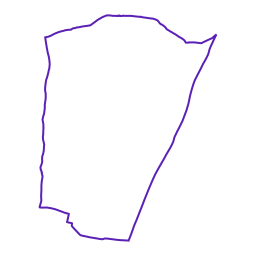 the district of Lat Phrao, Bangkok Metropolis, Thailand
{"feature_id": "78962969B95574148528109", "entity_name": "Lat Phrao", "entity_type": "district", "adm_level": 2, "iso_a3": "THA", "parent_name": "Thailand", "parent_adm1": "Bangkok Metropolis", "projection": "robinson", "projection_center": [100.606, 13.822], "detail": "fine", "context": "isolated", "style": "outline", "palette": "violet", "viewbox_px": 256, "rotation_deg": 0, "n_neighbors": 0, "source": "geoboundaries", "source_scale": "gbopen_adm2", "svg_char_len": 5173}
<svg xmlns="http://www.w3.org/2000/svg" viewBox="0 0 256 256"><path d="M170.6,147.2L171.7,145.0L172.7,142.9L173.2,141.9L174.5,137.1L175.7,134.6L177.3,131.2L177.7,130.6L180.3,125.4L182.5,120.9L185.4,113.2L186.2,111.1L187.0,108.6L187.6,106.4L188.1,104.8L188.5,103.3L189.4,99.1L189.8,96.9L190.6,93.6L191.2,91.5L191.8,89.2L192.3,87.6L193.1,85.0L194.0,82.4L195.2,79.4L195.8,78.3L196.9,76.1L199.4,71.3L200.8,68.6L202.6,64.9L203.6,63.0L204.2,62.0L206.1,58.6L206.6,57.6L207.5,55.7L207.8,55.2L208.0,54.7L208.5,53.2L209.0,51.6L209.5,49.4L210.2,47.7L210.8,46.2L212.1,43.5L213.4,40.6L214.7,37.9L216.4,34.4L212.6,37.7L211.6,38.4L209.3,39.4L207.1,40.4L203.1,42.3L202.0,42.9L201.2,43.2L199.7,43.0L197.9,42.8L197.6,42.8L195.5,42.5L194.0,42.4L192.5,42.4L190.9,42.4L189.5,42.4L189.2,42.4L189.2,42.5L188.9,42.6L187.7,42.7L187.2,42.7L185.8,42.6L185.7,42.5L185.5,42.2L185.0,41.3L184.8,40.9L184.5,40.6L183.9,39.9L183.1,39.3L182.0,38.5L180.5,37.6L179.5,37.2L178.6,36.5L178.1,36.3L177.4,35.7L176.9,35.4L176.2,34.9L175.8,34.6L173.3,33.2L172.4,32.6L171.4,32.0L171.0,31.8L170.3,31.4L169.7,31.0L168.4,30.2L167.1,29.5L167.0,29.4L166.9,29.3L166.7,29.1L165.9,28.2L165.8,27.9L165.7,27.7L164.3,26.3L164.2,26.2L163.0,25.4L162.2,24.8L162.1,24.7L161.9,24.6L161.6,24.5L161.5,24.4L161.0,24.3L160.9,24.2L160.4,23.9L160.0,23.5L158.9,22.1L158.7,21.8L158.0,21.0L157.9,20.8L157.6,20.5L157.3,20.3L157.1,20.2L156.1,19.7L154.3,19.1L153.4,18.8L153.1,18.7L152.6,18.6L150.6,18.4L150.3,18.4L149.7,18.3L148.0,18.0L146.5,17.8L144.2,17.5L141.7,17.1L141.0,16.8L140.8,16.8L140.7,16.7L140.2,16.9L138.6,16.7L136.2,16.5L134.7,16.3L133.8,16.2L132.6,16.0L131.3,16.0L130.8,15.8L130.7,15.8L130.1,15.8L129.8,15.9L129.7,15.9L128.6,15.9L127.1,15.9L124.1,15.9L123.5,15.7L123.3,15.7L123.0,15.7L122.8,15.7L122.1,16.0L121.9,16.0L121.1,16.0L120.8,15.9L120.6,15.9L120.4,15.9L120.2,16.0L119.9,16.0L119.7,15.7L119.4,15.5L119.2,15.6L118.9,15.9L118.7,15.9L118.4,15.7L118.2,15.7L117.9,15.7L117.8,15.8L117.6,16.0L117.3,16.0L115.7,15.9L115.3,15.9L114.5,15.8L114.1,15.8L113.9,15.8L113.7,15.8L113.2,15.9L112.9,15.9L111.4,15.6L110.6,15.5L109.5,15.4L108.6,15.4L107.2,15.4L106.7,15.4L106.4,15.5L106.1,15.6L105.6,15.9L103.9,16.5L103.0,16.9L102.1,17.3L101.5,17.7L101.3,17.8L98.5,19.4L97.3,20.2L91.9,24.2L90.4,25.3L86.2,26.0L84.2,26.2L82.5,26.5L80.5,26.9L78.4,27.3L77.9,27.4L77.7,27.4L76.9,27.4L76.7,27.5L75.3,28.0L75.2,28.1L73.6,28.2L73.4,28.3L73.2,28.3L72.7,28.5L71.0,29.6L70.9,29.7L69.7,29.7L69.4,29.8L67.6,29.9L66.0,30.1L64.2,30.6L61.5,31.3L59.6,31.8L57.3,32.6L55.6,33.3L54.7,33.7L53.0,34.5L52.2,35.0L51.3,35.5L50.7,35.8L50.1,36.0L48.3,36.7L47.3,36.9L45.2,37.4L45.2,37.7L45.3,38.1L45.9,42.2L46.6,46.4L46.8,47.8L47.1,49.1L47.3,50.4L47.6,51.9L48.1,54.1L48.7,56.2L49.1,58.4L49.3,59.6L49.4,60.8L49.6,62.6L49.7,64.1L49.7,64.6L49.5,66.1L49.5,66.3L49.4,67.9L49.3,68.5L49.1,69.1L48.6,71.0L48.2,73.1L47.0,77.6L46.6,78.6L46.3,79.4L46.1,80.4L45.9,81.1L45.7,82.9L45.4,85.5L45.2,86.7L45.1,88.0L45.1,89.4L45.2,91.1L45.3,91.8L45.4,92.1L45.6,93.0L45.6,93.4L45.7,93.8L45.7,94.1L45.7,94.6L45.7,97.0L45.6,99.3L45.4,100.3L45.3,101.4L45.1,102.5L44.9,103.9L44.7,105.7L44.8,106.9L44.8,107.4L44.8,107.9L44.5,110.4L44.1,113.6L44.0,113.9L44.0,114.0L43.6,115.0L43.0,117.3L42.6,119.2L42.5,119.5L42.6,119.9L43.3,123.7L43.4,124.3L43.4,125.9L43.4,126.8L43.4,127.6L43.5,127.7L43.4,128.3L43.5,128.6L43.3,129.8L43.3,130.4L43.3,130.7L43.2,134.3L43.2,134.6L42.9,136.5L42.9,138.2L43.0,138.8L43.1,139.7L43.7,142.3L44.2,144.5L43.9,147.0L43.9,148.1L43.9,148.9L43.8,149.7L43.8,150.2L43.2,153.6L43.1,154.0L42.4,156.0L42.3,156.3L42.2,156.6L42.2,157.0L42.1,159.2L42.2,160.7L42.2,161.2L42.2,161.8L42.1,162.1L42.1,162.4L41.9,163.1L41.3,165.1L40.6,166.7L40.5,167.2L40.5,167.5L40.5,168.1L40.9,170.1L40.9,170.3L41.0,170.4L41.3,170.7L41.3,170.8L41.8,172.4L41.8,172.7L41.9,172.8L41.7,173.0L42.3,175.4L42.5,175.8L42.5,176.0L42.5,176.8L42.3,178.3L41.8,180.8L41.6,183.4L41.4,185.1L41.4,190.4L41.1,195.7L41.1,196.3L41.2,197.3L41.3,200.1L41.3,200.9L41.2,201.4L39.7,206.7L39.6,206.9L39.6,207.0L39.8,207.4L41.3,207.6L42.7,207.6L43.7,207.6L44.3,207.6L46.2,207.5L47.1,207.5L47.8,207.7L49.2,207.9L50.5,208.1L52.2,208.5L54.3,209.0L56.0,209.5L57.1,209.9L60.8,211.3L61.8,211.6L62.6,211.9L64.0,212.5L65.6,213.0L68.2,213.7L68.6,213.8L68.8,213.9L68.7,214.7L68.4,216.1L67.3,221.0L67.1,222.1L68.5,222.5L71.0,223.0L71.7,223.2L72.0,223.3L71.8,226.0L74.1,228.6L75.5,230.1L77.6,232.3L79.5,234.3L79.9,234.7L80.4,235.1L80.6,235.2L81.0,235.3L81.6,235.5L82.8,235.8L84.8,236.2L86.7,236.6L88.9,237.1L90.8,237.5L93.1,237.8L94.5,238.1L96.7,238.4L98.7,238.8L101.3,239.2L102.1,239.2L102.5,239.2L103.1,239.1L103.9,238.8L104.4,238.6L104.7,238.5L105.1,238.5L107.5,238.6L107.9,238.6L108.1,238.7L109.0,238.8L111.1,239.1L112.2,239.2L115.0,239.6L115.9,239.7L117.7,239.9L118.5,240.0L120.0,240.1L120.9,240.2L122.2,240.2L123.8,240.3L125.2,240.4L126.0,240.4L128.6,240.6L131.2,234.0L132.5,230.4L134.0,226.0L134.9,223.8L136.5,220.1L137.0,218.8L137.3,218.0L138.0,216.3L138.4,215.2L139.4,212.7L140.3,210.4L141.3,207.9L142.4,205.1L142.9,203.8L144.4,199.8L146.7,194.1L148.6,189.4L149.2,188.0L152.4,180.5L154.9,175.0L155.5,173.8L156.1,172.7L158.8,167.8L164.1,158.6L166.2,154.7L168.9,150.1L170.6,147.2Z" fill="none" stroke="#5b21b6" stroke-width="2"/></svg>